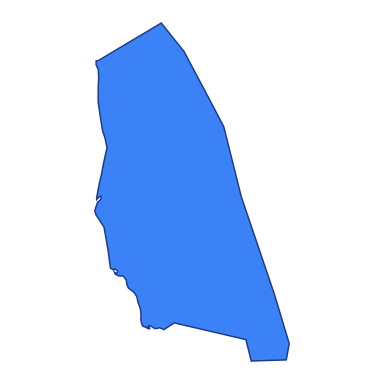 the district of Qantara Sharq, al-, Al Isma`iliyah, Egypt
{"feature_id": "37247803B91574784842387", "entity_name": "Qantara Sharq, al-", "entity_type": "district", "adm_level": 2, "iso_a3": "EGY", "parent_name": "Egypt", "parent_adm1": "Al Isma`iliyah", "projection": "equal_earth", "projection_center": [32.447, 30.598], "detail": "fine", "context": "isolated", "style": "filled", "palette": "blue", "viewbox_px": 384, "rotation_deg": 0, "n_neighbors": 0, "source": "geoboundaries", "source_scale": "gbopen_adm2", "svg_char_len": 1413}
<svg xmlns="http://www.w3.org/2000/svg" viewBox="0 0 384 384"><path d="M251.2,361.0L286.3,359.9L289.2,343.6L284.9,329.2L274.4,294.3L241.3,196.8L223.8,126.8L211.6,103.5L184.1,51.6L161.2,23.0L159.5,24.1L152.9,28.0L152.0,28.6L134.4,39.0L118.7,48.4L115.7,50.2L97.9,60.8L96.2,60.8L96.1,63.4L96.1,64.7L97.0,67.0L98.3,69.1L98.3,69.9L98.7,78.1L98.2,86.5L98.2,102.3L100.7,119.1L102.5,130.4L105.1,138.4L107.0,147.7L103.3,164.5L101.5,174.3L99.3,183.5L96.9,196.4L96.6,198.8L96.7,199.5L97.7,198.3L99.0,197.2L100.2,196.1L101.3,196.5L101.3,197.9L100.5,199.6L98.8,201.3L97.6,202.1L97.1,203.7L96.0,206.9L94.8,210.9L95.9,214.7L100.1,221.1L104.0,227.1L105.3,234.3L106.2,239.6L107.1,244.9L108.1,250.4L108.7,255.4L110.5,268.3L113.7,270.0L113.8,269.2L114.5,268.8L115.1,269.3L117.0,270.2L117.6,270.9L117.5,272.1L116.9,272.9L116.3,273.0L115.8,273.0L115.3,272.8L114.5,272.3L115.2,274.1L116.2,274.8L117.5,275.2L119.1,276.0L120.4,276.1L121.8,275.6L123.1,276.1L124.2,277.2L126.3,280.2L126.8,284.3L128.3,287.9L132.1,290.9L134.5,293.0L136.8,296.6L138.1,302.7L140.3,308.4L141.0,314.5L140.9,319.7L141.4,322.9L142.4,325.6L143.4,326.5L144.2,326.8L145.4,327.0L147.4,328.3L149.2,328.8L149.7,328.8L149.6,327.6L147.8,326.7L148.6,325.6L150.5,325.9L152.2,326.9L154.9,328.6L157.3,328.4L159.4,327.7L162.5,328.9L163.9,329.6L174.1,323.0L174.3,322.9L245.9,339.6L249.7,354.7L251.2,360.9L251.2,361.0Z" fill="#3b82f6" stroke="#1e3a8a" stroke-width="1.5"/></svg>